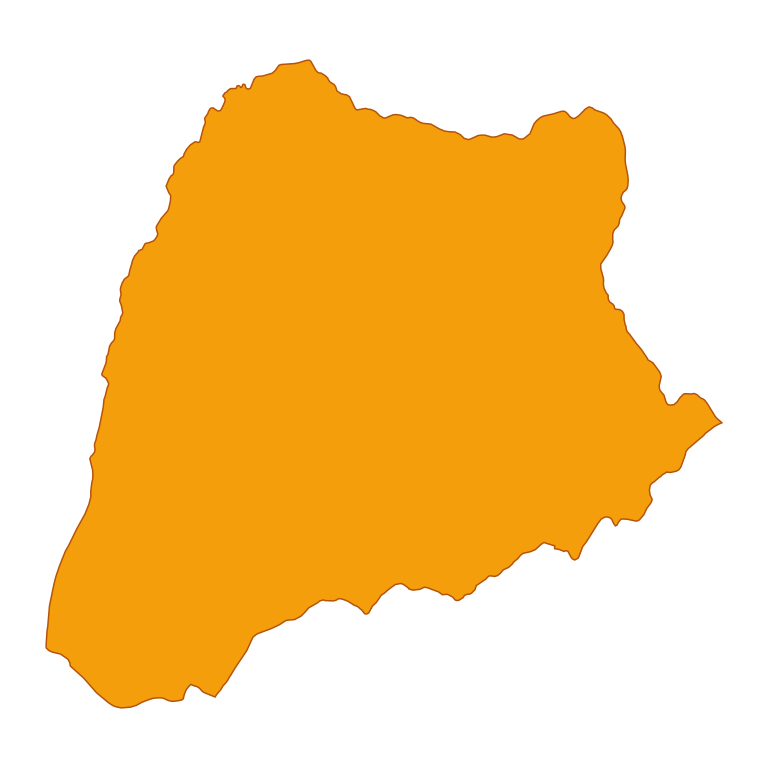 Ospina, Nariño, Colombia
{"feature_id": "7082276B72595090323112", "entity_name": "Ospina", "entity_type": "district", "adm_level": 2, "iso_a3": "COL", "parent_name": "Colombia", "parent_adm1": "Nariño", "projection": "natural_earth1", "projection_center": [-77.546, 1.029], "detail": "fine", "context": "isolated", "style": "filled", "palette": "amber", "viewbox_px": 768, "rotation_deg": 0, "n_neighbors": 0, "source": "geoboundaries", "source_scale": "gbopen_adm2", "svg_char_len": 6044}
<svg xmlns="http://www.w3.org/2000/svg" viewBox="0 0 768 768"><path d="M721.9,422.8L716.6,418.1L715.1,416.3L707.2,403.4L704.7,400.2L703.1,399.0L700.6,398.0L697.0,394.7L694.3,393.5L690.5,394.0L685.4,393.7L683.7,394.0L679.9,397.8L677.2,401.8L674.0,404.6L670.2,405.1L668.9,405.0L667.6,404.3L666.5,403.0L665.7,401.0L664.0,395.2L660.1,390.6L659.4,388.5L659.2,385.5L661.2,376.8L660.9,375.1L659.6,371.9L652.9,362.8L647.9,359.8L647.3,358.3L641.3,349.4L636.1,343.2L630.0,334.8L627.1,331.5L626.2,328.8L626.0,326.4L625.1,324.4L624.1,319.5L624.0,314.4L622.5,311.5L619.9,309.6L615.8,309.2L614.8,308.7L614.0,305.6L612.8,304.2L609.8,302.0L608.6,300.1L608.2,298.2L608.1,295.1L606.3,293.0L604.0,288.2L603.4,284.4L603.6,280.3L603.4,278.1L600.8,268.6L600.7,264.1L606.7,255.5L610.5,248.9L612.3,245.2L613.0,242.5L612.7,239.0L612.8,233.5L614.2,230.0L618.0,226.1L618.6,224.9L619.1,223.6L619.8,219.0L621.9,215.5L624.9,208.1L624.9,206.7L624.5,205.5L621.8,201.6L621.0,198.2L621.8,195.0L623.4,192.1L625.7,190.3L627.0,188.7L627.8,185.6L628.2,180.5L627.8,175.6L625.6,164.4L625.1,159.9L625.4,151.4L625.1,147.2L622.4,136.4L620.6,131.6L618.5,128.4L613.4,122.9L611.2,119.2L606.6,114.8L603.7,113.0L595.0,110.0L592.3,107.9L589.0,106.9L585.3,109.1L578.4,116.1L575.2,118.1L574.0,118.4L572.5,118.4L569.6,116.4L567.5,113.6L565.0,111.5L563.1,111.2L561.2,111.4L553.1,113.9L543.2,116.1L540.3,117.6L536.7,120.6L534.1,123.7L530.0,133.7L523.9,138.6L522.2,139.1L519.1,138.9L512.3,135.0L504.2,133.8L497.2,136.5L494.7,137.0L491.8,137.1L484.8,135.1L480.5,135.2L477.9,135.6L469.8,139.3L468.0,139.5L464.1,138.3L460.3,134.6L455.1,132.0L448.9,131.7L444.3,131.0L439.1,128.8L430.9,124.1L423.6,123.4L421.0,122.7L417.9,121.1L414.2,118.4L412.5,117.7L410.6,117.3L407.4,117.9L401.5,115.4L395.7,114.5L392.8,114.9L385.4,118.0L383.5,117.9L379.6,115.7L376.3,112.2L374.3,110.9L370.6,109.4L368.0,109.2L365.6,108.4L357.0,109.9L355.9,109.3L355.0,108.2L349.5,96.7L346.9,95.0L341.3,93.8L337.0,91.0L335.6,86.7L334.2,84.6L329.9,81.9L328.2,79.4L327.8,78.2L325.6,76.0L321.1,73.1L318.8,72.9L317.4,72.0L316.0,70.5L310.7,61.1L309.1,60.1L306.2,60.4L298.4,62.8L294.1,63.6L281.1,64.5L278.9,65.3L275.3,70.5L272.2,73.2L262.6,76.0L257.7,76.4L256.1,76.9L254.1,79.1L250.6,87.9L249.6,88.7L248.7,89.0L246.7,88.7L245.8,87.6L244.9,84.6L243.5,84.2L242.7,84.7L242.0,86.7L241.4,87.3L240.7,87.4L239.8,86.3L238.7,85.6L237.3,85.8L235.9,88.5L230.4,88.6L228.5,90.0L225.9,92.6L224.7,93.0L224.0,94.4L223.1,95.2L222.9,96.1L224.9,98.5L225.1,100.8L224.0,103.7L221.4,109.2L220.2,110.6L218.6,111.0L217.4,110.8L213.1,107.9L211.0,108.1L210.2,108.6L208.5,111.4L207.9,113.4L205.0,117.7L204.7,119.1L205.3,121.8L205.1,123.6L203.6,127.0L199.9,141.5L198.4,142.5L195.8,141.8L194.9,141.9L190.4,144.9L186.7,149.2L184.2,153.7L183.4,156.5L180.7,158.2L177.9,160.8L174.3,165.3L173.9,166.9L173.7,172.8L172.7,174.9L171.3,175.5L169.1,178.8L166.1,186.2L168.8,192.7L170.4,195.0L170.7,196.8L170.3,201.5L168.9,207.7L168.3,209.7L167.4,211.2L161.2,218.4L156.5,226.2L156.2,227.6L156.8,230.8L157.8,233.8L157.1,236.2L154.7,239.8L153.1,241.1L148.9,242.7L145.6,243.4L144.9,244.0L142.1,249.4L138.8,250.6L137.7,252.5L134.8,255.7L132.5,260.5L131.1,266.0L129.9,269.8L128.8,275.2L128.1,276.3L124.4,279.1L122.1,283.2L120.5,288.2L120.4,290.1L121.1,294.6L119.8,299.3L119.7,301.0L121.4,305.6L122.7,312.5L122.5,313.9L120.6,317.3L120.2,320.6L115.8,328.8L114.7,332.9L114.6,338.6L113.9,340.4L111.4,343.0L109.6,346.1L108.0,354.3L106.6,356.6L106.3,361.7L105.8,363.6L101.8,374.0L102.2,375.5L106.1,378.4L108.5,383.0L108.6,384.6L107.2,387.9L105.3,395.8L104.0,399.4L103.2,407.5L99.1,428.0L97.2,434.3L95.9,440.2L94.6,443.7L94.5,446.4L95.0,449.0L94.5,452.2L92.1,455.4L91.1,456.2L89.8,458.7L92.6,469.9L92.9,474.7L92.6,479.8L91.9,482.1L90.8,490.9L90.8,496.9L88.9,504.3L85.0,514.0L76.7,529.0L68.8,545.2L65.3,551.4L59.6,565.6L56.0,576.2L53.8,584.8L49.5,605.7L47.8,625.8L47.0,631.4L46.1,645.1L46.2,647.8L47.5,649.3L49.9,651.1L52.8,652.2L60.6,654.1L68.1,659.4L69.9,663.1L70.3,666.0L83.7,678.1L96.4,692.6L108.2,702.5L112.5,705.4L115.7,706.7L121.3,707.9L130.1,707.2L136.2,705.4L141.9,702.3L147.5,700.1L152.0,698.6L155.1,698.0L161.2,697.8L163.4,698.3L168.7,700.6L172.3,701.4L177.2,700.9L181.4,700.1L183.3,698.8L184.3,694.4L186.3,689.6L188.7,686.5L190.9,684.4L194.0,685.8L197.0,686.6L199.5,688.2L202.0,691.1L204.0,692.5L215.1,697.0L216.8,694.3L220.9,689.5L223.0,685.9L226.1,682.5L227.9,679.9L229.4,677.0L230.6,675.4L234.8,668.4L246.8,650.5L252.9,637.2L256.4,634.4L258.1,633.5L271.4,628.5L279.6,624.6L285.1,621.0L287.0,620.2L294.5,619.6L299.8,616.8L301.1,616.1L304.8,612.4L308.8,607.8L317.7,602.7L319.7,601.0L323.3,599.9L325.2,600.6L333.5,600.9L336.1,600.2L338.8,598.6L342.3,599.1L347.9,601.2L353.6,604.9L357.7,606.6L362.2,610.5L364.6,613.7L366.7,614.0L368.7,612.9L372.6,605.9L376.2,602.6L381.2,595.3L384.8,592.8L388.2,589.7L395.3,584.5L400.2,583.6L401.8,583.7L403.7,584.6L407.9,587.5L408.7,588.8L411.8,589.9L413.4,590.1L419.9,589.3L424.4,587.2L427.4,587.7L438.5,591.9L442.4,594.7L446.9,594.3L448.5,594.8L452.7,597.1L455.0,599.8L456.3,600.5L458.9,600.3L463.0,597.7L464.5,595.4L467.2,594.3L469.7,594.1L471.5,593.2L474.9,589.8L476.3,585.6L485.8,579.1L488.2,576.6L489.7,575.8L494.8,576.4L497.5,575.6L500.4,573.2L503.4,569.8L508.7,567.3L512.7,563.7L513.3,562.4L517.8,558.6L520.5,555.3L522.4,553.8L523.6,553.2L530.4,551.7L535.2,549.7L541.2,544.3L543.9,542.5L554.7,545.9L554.6,548.7L559.3,549.5L564.0,551.4L565.7,550.7L567.9,551.3L571.1,557.3L572.2,558.7L574.3,559.9L575.4,559.7L577.8,558.3L578.6,557.4L582.7,546.6L586.7,541.4L597.8,523.6L601.0,519.3L604.4,517.3L606.2,516.9L608.5,517.2L610.4,518.1L611.6,519.1L613.6,523.4L615.4,525.9L616.9,525.2L618.2,522.6L620.9,519.2L622.4,519.0L627.1,519.2L636.1,521.1L638.2,520.6L639.6,519.7L643.9,514.6L646.9,508.2L650.7,503.2L652.1,500.1L652.0,498.9L650.2,495.3L649.4,490.4L650.1,485.6L651.6,483.5L654.4,481.6L659.1,477.4L660.7,476.5L662.5,474.6L665.0,473.3L666.4,472.1L670.5,472.5L676.2,471.2L678.7,469.9L680.8,467.2L685.2,455.1L685.9,451.6L688.2,448.6L703.6,435.5L705.4,433.4L714.2,426.6L718.8,424.1L721.9,422.8Z" fill="#f59e0b" stroke="#b45309" stroke-width="1.5"/></svg>